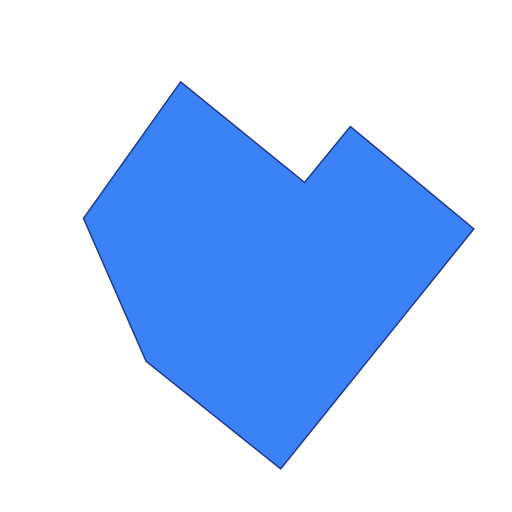 the district of Fayette, Ohio, United States of America, rotated 125°
{"feature_id": "52423323B90080084315603", "entity_name": "Fayette", "entity_type": "district", "adm_level": 2, "iso_a3": "USA", "parent_name": "United States of America", "parent_adm1": "Ohio", "projection": "natural_earth1", "projection_center": [-83.482, 39.547], "detail": "fine", "context": "isolated", "style": "filled", "palette": "blue", "viewbox_px": 512, "rotation_deg": 125, "n_neighbors": 0, "source": "geoboundaries", "source_scale": "gbopen_adm2", "svg_char_len": 277}
<svg xmlns="http://www.w3.org/2000/svg" viewBox="0 0 512 512"><g transform="rotate(125 256 256)"><path d="M324.1,418.9L405.3,285.6L416.2,113.7L108.9,93.1L95.8,253.0L160.8,257.9L167.9,258.5L156.6,417.6L324.1,418.9Z" fill="#3b82f6" stroke="#1e3a8a" stroke-width="1.5"/></g></svg>